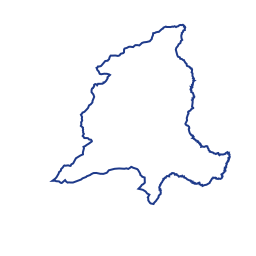 Salamina, Caldas, Colombia (Robinson projection), rotated 69°
{"feature_id": "7082276B24883943395769", "entity_name": "Salamina", "entity_type": "district", "adm_level": 2, "iso_a3": "COL", "parent_name": "Colombia", "parent_adm1": "Caldas", "projection": "robinson", "projection_center": [-75.386, 5.344], "detail": "fine", "context": "isolated", "style": "outline", "palette": "blue", "viewbox_px": 256, "rotation_deg": 69, "n_neighbors": 0, "source": "geoboundaries", "source_scale": "gbopen_adm2", "svg_char_len": 5745}
<svg xmlns="http://www.w3.org/2000/svg" viewBox="0 0 256 256"><g transform="rotate(69 128 128)"><path d="M144.6,72.9L142.0,70.1L139.8,69.6L136.7,67.1L136.3,66.4L135.6,66.1L134.9,66.3L134.5,66.1L134.2,65.5L134.0,63.4L133.1,62.2L132.8,60.0L132.5,59.9L131.1,60.6L127.3,58.5L125.7,57.9L124.9,58.2L124.7,57.2L123.4,57.1L123.5,56.5L123.1,55.9L123.2,55.3L122.3,54.8L121.7,55.3L120.8,54.9L118.4,54.9L117.0,56.1L115.8,55.4L115.0,55.8L114.3,55.8L113.9,55.4L114.2,54.9L113.7,54.4L112.4,54.5L113.0,53.7L112.9,53.2L110.6,52.9L110.5,52.6L110.8,52.0L108.7,50.9L108.1,50.1L107.4,50.1L107.4,49.1L106.7,49.7L105.8,48.9L105.1,49.4L104.9,48.9L102.6,49.2L100.1,48.2L98.8,48.7L97.9,47.9L96.3,47.2L95.2,47.3L95.0,48.1L93.9,48.2L93.7,48.6L92.8,48.8L91.1,50.7L90.0,50.6L89.2,50.3L87.8,51.0L85.3,51.5L84.8,51.4L84.3,52.2L82.8,53.1L82.1,54.4L80.6,54.3L79.3,55.8L77.6,55.9L72.0,55.3L70.5,54.2L69.3,52.0L68.0,50.8L67.5,48.7L65.7,47.4L65.2,45.8L63.6,45.9L61.8,45.5L60.4,44.9L59.5,43.9L58.6,43.8L57.9,42.1L57.2,41.8L56.8,41.3L56.9,39.8L55.9,39.6L54.6,38.5L53.7,38.6L53.4,39.5L52.4,39.1L51.3,39.8L51.2,41.0L50.5,42.3L50.5,43.3L51.0,44.9L50.8,46.0L51.0,47.0L49.7,48.0L49.7,49.6L49.2,50.2L49.0,52.1L47.5,55.8L46.9,56.3L47.0,59.0L47.7,59.7L47.8,61.0L49.3,64.8L48.9,66.0L48.7,67.9L48.9,69.0L48.5,70.5L50.4,71.5L52.1,73.2L53.3,73.8L54.8,76.6L54.4,79.8L53.7,82.5L53.6,84.4L55.0,87.8L54.1,89.3L53.3,91.4L53.4,92.0L54.3,94.2L52.8,97.0L52.5,98.3L52.8,100.1L52.6,102.7L53.2,103.5L55.9,104.6L56.4,105.6L56.1,108.2L57.2,109.9L57.1,111.6L55.9,113.6L54.2,118.3L55.4,119.9L57.0,121.0L57.6,122.6L57.9,122.9L57.3,125.2L60.4,130.8L60.4,132.1L59.8,134.1L60.6,134.8L60.6,135.8L63.1,135.8L64.5,135.1L67.3,135.0L68.2,133.8L68.8,130.8L69.9,128.2L71.2,126.4L72.0,125.8L73.3,129.0L74.3,129.2L76.1,131.5L76.9,133.2L76.7,134.5L77.3,134.6L77.5,136.1L76.0,140.1L77.0,141.5L76.2,141.7L75.4,142.5L75.3,143.4L75.7,144.3L76.5,144.4L77.6,145.5L77.7,146.1L78.2,146.4L78.3,147.5L79.5,148.4L81.5,149.2L84.3,148.3L86.8,148.4L90.0,151.4L91.4,152.1L92.6,154.4L92.9,156.3L94.9,158.0L95.6,159.3L97.3,162.9L97.3,165.0L98.0,165.6L98.7,167.2L101.2,166.9L102.8,167.8L104.4,168.0L105.5,169.0L105.8,169.7L108.1,170.3L109.1,171.3L111.5,169.9L112.1,170.3L113.3,170.4L114.0,171.0L115.2,171.1L116.3,171.6L117.7,171.3L119.2,173.2L120.7,172.5L121.7,172.4L122.9,169.5L123.4,168.9L124.8,168.4L125.7,166.7L127.0,166.4L127.6,166.6L128.6,170.3L129.1,173.2L129.5,174.0L129.6,176.3L131.0,176.3L134.5,178.8L136.5,179.5L136.6,182.2L137.6,187.5L141.4,191.9L141.6,193.9L142.8,195.2L142.6,195.7L141.4,197.3L140.8,199.9L140.2,200.7L140.3,201.4L141.5,203.1L142.4,205.2L143.5,205.8L144.0,206.4L144.4,208.1L145.8,209.2L148.3,212.3L149.2,214.0L150.2,217.5L151.1,214.9L151.9,214.2L153.1,211.6L155.0,210.5L155.6,209.6L154.1,205.4L155.7,205.0L157.3,204.0L157.6,202.6L158.5,200.8L159.2,198.8L159.3,190.2L158.7,188.5L158.7,184.6L158.3,183.9L158.3,180.2L157.9,178.7L157.7,176.4L158.6,173.7L160.8,170.3L162.0,167.4L162.2,164.2L162.0,163.3L160.6,161.1L161.3,155.1L162.6,150.8L164.8,145.9L165.1,144.0L166.3,142.4L165.7,139.5L165.4,139.0L165.5,138.7L166.9,137.5L169.5,134.3L170.5,133.7L172.8,133.3L174.9,133.0L176.3,133.3L177.5,132.5L178.6,132.2L180.2,130.2L185.1,131.9L185.9,133.9L186.1,135.5L187.1,136.9L188.5,140.0L191.0,136.3L193.6,134.3L196.0,133.6L197.9,131.9L199.9,134.4L200.5,134.2L202.9,135.0L205.8,134.3L206.6,133.8L208.1,131.4L207.2,130.4L205.9,127.6L205.3,127.0L204.4,125.3L203.5,124.2L202.7,124.0L201.9,123.0L201.3,121.2L199.7,120.4L198.0,120.3L197.9,120.0L197.6,120.2L197.2,119.9L197.1,120.2L196.8,120.1L196.7,120.4L196.2,119.9L195.1,120.3L194.2,119.8L193.2,118.6L192.5,118.3L192.5,117.8L192.2,117.7L191.2,116.6L191.0,115.9L189.7,114.5L189.2,113.6L188.8,113.5L188.7,113.0L188.3,113.0L188.4,112.7L187.9,112.0L188.0,111.6L187.6,111.1L187.9,110.5L187.2,109.8L186.8,108.8L187.9,106.9L187.1,106.7L186.6,106.0L186.4,105.5L186.6,104.5L186.2,104.0L186.3,103.6L185.9,103.3L186.0,102.6L186.7,101.3L187.8,100.7L188.2,101.0L188.5,100.9L188.3,100.0L188.5,99.2L189.6,99.1L190.5,98.2L191.7,97.9L191.8,95.9L192.4,95.6L192.6,95.0L192.2,94.5L193.0,94.2L193.3,93.0L194.4,93.3L195.4,92.0L197.2,91.1L198.9,89.4L199.5,88.3L200.1,88.0L200.3,88.5L200.5,88.5L201.1,87.0L202.0,87.5L202.2,86.9L202.5,87.2L202.8,86.9L203.2,86.2L203.0,85.9L203.1,85.6L203.9,85.7L204.1,85.3L204.0,84.7L204.4,84.6L204.8,83.6L204.5,82.0L204.6,80.9L204.9,80.9L205.4,81.5L205.9,81.3L206.2,81.4L206.8,80.5L207.5,80.3L207.7,79.1L208.8,79.2L208.7,77.2L209.1,75.0L208.5,71.4L207.6,70.7L207.4,70.2L205.6,68.0L205.3,67.6L205.4,66.9L204.8,66.3L205.4,65.4L205.7,64.1L206.0,63.8L206.4,64.1L207.0,63.8L207.3,63.0L207.9,62.2L207.6,61.4L208.6,60.2L208.5,58.7L207.3,57.2L206.6,57.5L206.0,56.9L205.3,57.4L204.8,57.4L204.3,55.1L203.9,54.7L203.5,53.5L202.8,53.2L202.8,52.3L202.1,52.2L201.7,52.8L201.3,52.2L200.5,52.2L200.4,51.5L199.6,51.6L199.6,50.3L198.3,49.9L197.1,48.7L196.3,48.9L195.7,47.6L195.1,47.3L195.1,46.5L194.6,45.9L194.0,46.1L193.5,45.1L192.0,45.1L191.9,44.7L192.4,44.2L191.8,43.6L191.4,43.6L191.0,43.2L189.9,43.3L189.1,42.7L188.3,42.9L187.9,43.7L187.1,42.8L186.5,44.1L186.2,44.1L186.5,45.9L187.0,46.5L186.8,48.8L185.5,51.8L186.1,52.0L186.2,52.3L185.2,52.8L183.7,52.7L183.5,53.5L183.8,55.3L182.7,56.3L182.5,56.9L181.3,57.5L179.4,60.2L178.7,59.9L177.6,60.6L176.3,60.3L175.5,60.6L173.6,60.5L173.4,61.0L173.1,61.1L172.8,62.3L173.0,63.2L172.6,64.2L172.0,65.1L171.8,66.4L170.8,65.8L169.5,66.6L169.2,66.0L168.2,66.2L167.7,67.1L166.1,67.2L166.0,68.0L165.3,67.7L165.1,68.1L164.5,68.3L164.2,69.1L163.1,69.3L162.7,69.8L161.9,70.0L161.7,70.4L161.2,70.4L160.7,71.1L160.6,70.6L159.9,70.1L159.7,70.7L158.8,70.7L158.3,70.2L157.6,70.9L157.3,71.5L156.7,71.5L155.4,72.1L153.6,72.1L150.8,71.7L150.1,70.8L148.8,70.6L147.2,71.3L146.5,72.3L145.4,72.9L144.6,72.9Z" fill="none" stroke="#1e3a8a" stroke-width="2"/></g></svg>